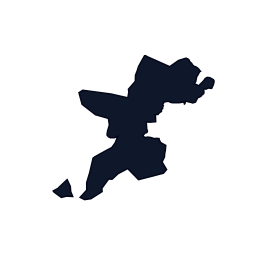 the district of Owerri West, Imo, Nigeria, rotated 54°
{"feature_id": "59680162B78900735102434", "entity_name": "Owerri West", "entity_type": "district", "adm_level": 2, "iso_a3": "NGA", "parent_name": "Nigeria", "parent_adm1": "Imo", "projection": "natural_earth1", "projection_center": [6.985, 5.415], "detail": "fine", "context": "isolated", "style": "filled", "palette": "ink", "viewbox_px": 256, "rotation_deg": 54, "n_neighbors": 0, "source": "geoboundaries", "source_scale": "gbopen_adm2", "svg_char_len": 2599}
<svg xmlns="http://www.w3.org/2000/svg" viewBox="0 0 256 256"><g transform="rotate(54 128 128)"><path d="M160.7,182.4L157.9,173.7L160.1,170.9L159.1,163.1L160.6,152.1L176.0,149.8L185.4,125.9L184.3,121.2L175.5,120.4L172.9,115.6L170.0,113.1L168.0,110.9L164.3,107.7L158.9,110.2L155.6,109.6L154.8,109.1L153.0,111.2L152.0,113.0L149.0,115.2L147.0,117.3L145.6,120.0L142.8,120.5L142.4,118.4L142.2,116.6L142.8,115.5L142.0,114.1L139.7,113.4L133.8,109.6L135.5,107.7L136.5,106.3L138.2,103.5L139.2,101.9L134.5,98.8L132.8,98.8L133.8,97.2L134.4,96.3L134.7,95.6L134.3,94.7L134.1,93.4L134.1,92.7L134.2,92.2L134.3,91.4L134.0,90.9L133.0,90.6L132.9,89.8L132.5,89.4L132.4,88.9L132.6,88.6L132.5,88.3L132.0,88.1L131.6,87.9L131.3,87.6L131.2,87.1L131.0,86.8L130.7,86.7L130.5,86.3L130.2,86.5L129.8,86.5L129.7,86.4L129.5,86.1L129.4,85.9L129.1,85.5L128.9,85.1L128.8,84.7L128.4,84.6L128.1,84.3L127.7,84.1L128.4,83.4L128.6,82.8L129.1,81.5L129.6,80.6L130.3,79.3L131.0,79.2L131.9,78.7L133.4,77.5L135.3,74.9L136.6,73.2L137.6,71.8L139.8,67.5L141.7,68.2L141.7,67.6L140.6,66.3L140.1,65.6L144.8,61.6L145.8,60.9L146.7,58.2L144.7,54.3L144.5,53.6L144.9,52.3L145.1,51.3L145.2,50.2L145.0,49.9L144.8,49.3L144.6,48.9L144.7,48.5L144.9,48.0L144.8,47.7L144.6,46.9L144.5,46.3L144.2,45.9L143.3,45.3L141.6,44.3L140.8,43.4L141.4,43.0L142.1,42.4L142.5,41.8L142.6,41.0L142.7,39.8L143.1,39.3L144.1,38.2L144.8,37.5L145.1,37.0L143.3,33.8L142.4,32.6L140.7,30.8L139.2,30.5L136.0,31.9L134.9,32.7L133.6,34.2L133.4,35.6L133.5,37.0L134.2,38.7L134.6,41.0L135.0,43.8L135.5,45.9L134.5,46.4L133.3,47.0L132.7,47.4L131.9,48.2L131.3,48.4L130.6,46.8L130.1,45.7L128.8,44.4L127.0,42.4L126.1,40.3L125.8,39.5L125.2,38.4L124.9,37.8L124.7,37.2L124.6,36.7L124.7,36.0L124.1,36.1L123.1,36.2L122.2,36.1L120.2,36.5L119.0,36.9L118.0,37.4L117.2,38.1L116.5,38.4L116.0,38.5L114.1,38.8L113.5,38.5L112.3,38.7L111.0,39.0L110.7,39.0L109.1,38.7L108.3,38.7L107.8,38.8L105.6,40.0L103.1,47.4L102.9,58.2L81.6,70.5L79.8,71.3L79.3,72.2L84.2,82.8L85.1,84.2L87.4,87.3L89.7,90.9L94.5,94.6L96.9,104.8L99.5,106.3L103.5,110.4L90.6,121.7L70.9,142.4L70.6,146.9L81.9,151.2L98.1,146.5L108.7,138.2L114.6,141.3L117.0,144.4L118.2,146.0L119.9,147.8L121.4,149.1L123.6,149.0L125.5,148.0L127.9,144.7L128.6,142.0L128.7,141.1L132.6,147.3L134.3,152.7L133.6,157.3L131.8,171.7L131.9,174.1L133.3,175.6L141.6,185.2L147.9,193.5L154.0,197.9L156.0,207.5L160.4,205.2L163.4,199.6L164.2,186.3L161.4,184.6L160.7,182.4ZM145.0,222.7L146.4,219.2L147.0,217.8L150.9,213.0L145.9,211.8L141.3,209.0L134.0,207.6L135.4,218.4L135.7,220.0L135.0,225.5L136.4,225.5L145.0,222.7Z" fill="#0f172a" stroke="#020617" stroke-width="1.5"/></g></svg>